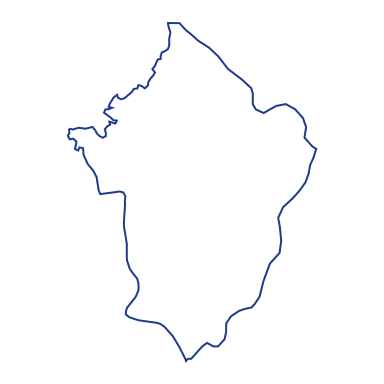 Yonsa, Hamgyŏng-bukto, North Korea (orthographic projection)
{"feature_id": "82179303B76324542059269", "entity_name": "Yonsa", "entity_type": "district", "adm_level": 2, "iso_a3": "PRK", "parent_name": "North Korea", "parent_adm1": "Hamgyŏng-bukto", "projection": "orthographic", "projection_center": [129.014, 41.829], "detail": "fine", "context": "isolated", "style": "outline", "palette": "blue", "viewbox_px": 384, "rotation_deg": 0, "n_neighbors": 0, "source": "geoboundaries", "source_scale": "gbopen_adm2", "svg_char_len": 1946}
<svg xmlns="http://www.w3.org/2000/svg" viewBox="0 0 384 384"><path d="M316.2,148.9L312.3,146.4L304.5,137.6L306.1,127.0L303.0,118.1L295.2,109.3L285.8,104.1L276.3,105.9L270.0,109.4L263.7,113.0L255.9,109.5L252.8,104.2L252.8,93.6L251.3,88.3L241.9,79.5L227.9,68.9L218.5,56.6L209.2,47.8L198.2,40.7L190.4,33.7L185.8,30.1L179.5,23.1L174.8,23.1L168.0,23.0L168.3,25.7L170.4,32.5L169.2,38.6L169.2,45.8L167.9,49.1L164.8,51.2L161.8,52.5L160.7,55.7L160.6,59.0L157.7,59.5L155.0,65.8L152.4,69.1L155.0,72.5L153.1,75.6L150.3,78.8L148.3,82.2L147.9,85.5L144.8,88.4L141.7,86.0L138.5,85.1L137.2,88.5L133.8,88.9L131.7,92.1L124.6,98.1L121.2,99.3L118.0,97.7L117.1,94.8L113.6,97.5L109.8,103.7L108.7,106.9L112.0,107.8L108.7,109.2L105.4,109.4L104.0,112.7L110.5,117.4L113.3,120.1L116.8,120.6L115.4,123.5L109.4,121.7L110.1,124.7L107.1,126.4L104.8,129.4L105.9,132.9L105.8,136.1L102.7,137.7L99.6,136.1L96.8,133.4L95.3,130.3L92.5,126.9L85.6,128.7L78.8,127.8L72.6,129.5L70.0,128.8L69.0,129.7L69.1,130.4L69.4,133.0L67.8,135.8L69.8,139.3L73.3,138.7L76.5,141.8L75.0,149.0L78.2,150.5L79.4,147.4L83.0,148.1L83.6,155.0L86.3,160.9L88.0,164.4L93.3,170.7L96.6,177.2L98.7,190.5L100.3,194.1L119.9,191.5L123.4,192.5L125.4,196.5L124.9,200.7L125.0,204.8L123.9,223.0L124.0,226.6L126.8,243.9L126.8,257.8L127.2,261.0L129.6,268.3L131.9,272.0L137.2,278.7L138.2,282.3L138.6,285.9L138.5,290.1L135.8,296.7L127.0,307.9L126.0,311.1L125.8,314.4L129.1,317.1L135.4,319.3L139.3,320.4L157.2,322.9L160.7,324.1L164.2,326.5L172.7,336.0L179.3,346.9L185.3,358.8L186.0,361.0L188.0,358.8L191.2,358.8L194.4,355.2L199.1,349.9L202.3,346.4L207.1,342.9L213.4,346.4L218.1,346.4L224.5,339.3L226.1,332.2L226.2,323.4L231.0,316.3L238.9,311.0L243.7,309.2L251.6,307.4L254.8,303.9L259.5,296.8L263.5,281.0L266.7,272.3L270.0,263.5L279.6,252.9L281.2,240.6L279.8,226.5L278.2,217.8L283.1,207.2L292.6,198.4L299.0,191.3L305.4,182.5L308.6,173.7L310.2,164.9L313.4,157.9L316.2,148.9Z" fill="none" stroke="#1e3a8a" stroke-width="2"/></svg>